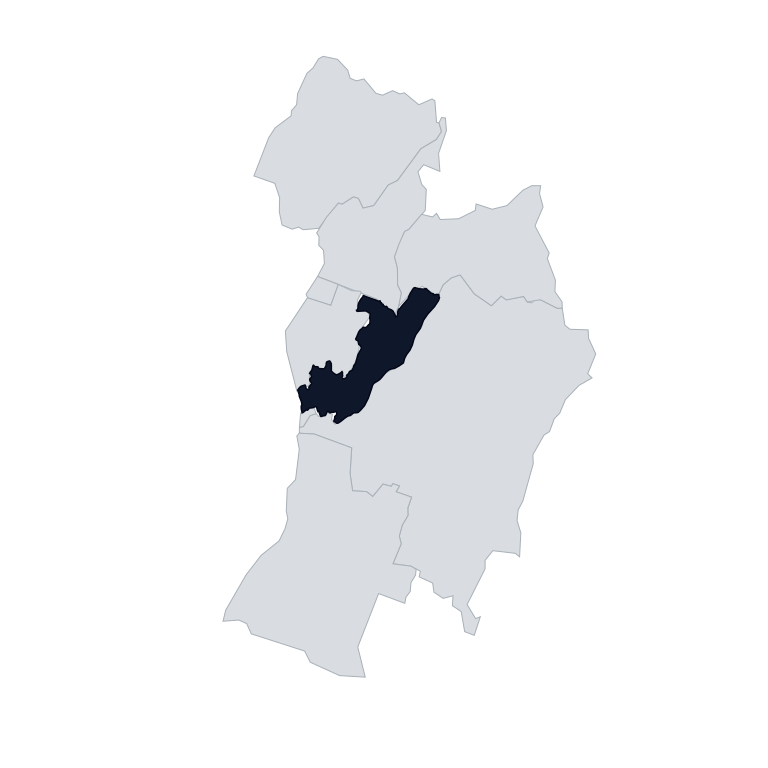 Republic of the Congo shown with its bordering countries, rotated 20°
{"feature_id": "COG", "entity_name": "Republic of the Congo", "entity_type": "country or territory", "adm_level": 0, "iso_a3": "COG", "parent_name": "Africa", "parent_adm1": "", "projection": "equal_earth", "projection_center": [14.374, -0.658], "detail": "fine", "context": "with_neighbors", "style": "filled", "palette": "ink", "viewbox_px": 768, "rotation_deg": 20, "n_neighbors": 7, "source": "natural_earth", "source_scale": "50m", "svg_char_len": 8126}
<svg xmlns="http://www.w3.org/2000/svg" viewBox="0 0 768 768"><g transform="rotate(20 384 384)"><path d="M551.5,407.9L554.5,446.7L553.1,456.3L555.7,466.8L563.5,477.1L570.5,500.0L565.2,498.2L543.3,503.4L539.3,515.1L542.2,523.1L537.5,562.8L550.3,573.1L554.1,569.8L554.8,589.3L544.5,589.1L534.4,571.5L524.1,568.9L521.3,559.4L512.9,565.2L502.2,562.6L497.8,554.4L483.0,553.2L482.2,547.5L471.5,546.0L453.9,549.9L454.8,528.3L450.4,521.6L449.4,510.4L451.5,499.4L448.8,492.4L448.6,480.9L432.2,481.1L433.4,474.5L426.5,474.6L425.8,477.7L417.3,478.4L411.9,493.6L404.4,491.1L391.0,495.1L382.7,479.7L375.5,455.1L335.5,454.9L321.2,459.2L319.3,453.5L322.7,451.6L325.4,438.9L330.3,435.1L333.9,436.9L338.5,429.9L345.9,430.1L346.8,435.3L351.8,438.5L371.2,412.3L370.7,397.2L376.7,379.4L391.8,361.2L393.4,355.3L396.0,342.2L396.9,315.6L403.6,294.4L405.6,270.6L410.9,261.3L418.2,255.4L438.0,268.4L458.1,273.7L464.0,261.3L470.2,263.1L485.2,254.0L490.6,257.9L495.0,257.3L497.0,252.9L502.1,251.3L521.0,253.6L525.5,251.7L533.8,266.8L539.9,269.0L557.3,263.3L560.6,271.1L572.7,283.3L571.9,304.7L577.4,307.1L567.8,318.5L559.8,336.6L559.1,351.3L555.9,358.3L555.8,372.1L551.8,377.2L548.1,399.5L551.5,407.9Z" fill="#d9dde1" stroke="#a8b0b8" stroke-width="1"/><path d="M190.6,233.0L191.4,192.0L194.1,180.5L205.0,163.7L203.6,158.8L206.4,151.5L203.5,140.7L205.3,118.5L209.2,111.2L211.3,100.8L214.8,96.9L229.3,94.8L242.6,101.5L247.6,108.3L254.4,108.6L260.8,104.2L277.0,113.6L283.9,113.1L291.8,105.4L299.7,106.0L303.6,103.4L321.2,109.7L331.7,99.7L334.9,100.4L343.9,120.2L346.4,119.8L351.7,127.0L349.6,136.3L338.2,150.3L327.1,188.1L319.9,195.6L313.4,219.8L304.1,225.9L296.5,218.4L291.3,218.7L283.2,229.4L279.3,229.6L269.3,260.1L255.2,266.7L250.0,265.8L244.8,269.9L233.9,269.5L226.7,258.0L222.3,244.8L212.8,232.8L190.6,233.0Z" fill="#d9dde1" stroke="#a8b0b8" stroke-width="1"/><path d="M350.7,113.0L356.0,124.5L356.4,148.6L363.8,165.1L346.3,164.4L343.3,173.0L351.3,183.6L357.2,186.7L363.4,206.8L354.5,230.2L351.2,233.6L350.4,260.9L356.9,270.4L363.0,286.4L369.2,292.3L371.3,306.0L370.3,315.9L348.5,306.7L284.8,305.7L286.8,291.2L281.5,279.1L275.3,276.0L272.6,267.8L269.1,265.2L272.8,247.2L279.3,229.6L283.2,229.4L291.3,218.7L296.5,218.4L304.1,225.9L313.4,219.8L319.9,195.6L327.1,188.1L338.2,150.3L349.6,136.3L351.7,127.0L346.4,119.8L346.9,114.0L350.7,113.0Z" fill="#d9dde1" stroke="#a8b0b8" stroke-width="1"/><path d="M525.5,251.7L521.0,253.6L502.1,251.3L490.6,257.9L485.2,254.0L470.2,263.1L464.0,261.3L458.1,273.7L438.0,268.4L418.2,255.4L410.9,261.3L405.6,270.6L404.4,283.3L386.5,279.2L378.4,288.9L371.3,306.0L369.2,292.3L363.0,286.4L356.9,270.4L350.4,260.9L350.2,247.7L351.2,233.6L354.5,230.2L361.3,211.7L372.5,210.4L375.0,205.7L380.6,210.2L397.6,203.2L410.4,189.7L409.0,183.3L425.9,182.8L438.5,174.3L448.2,154.5L454.9,147.2L463.4,144.1L465.0,151.8L472.9,163.2L471.8,183.8L494.4,204.4L494.6,210.3L509.5,227.7L513.0,238.7L523.2,245.9L525.5,251.7Z" fill="#d9dde1" stroke="#a8b0b8" stroke-width="1"/><path d="M306.9,306.1L321.6,307.4L329.7,305.0L331.4,306.0L330.4,314.0L334.2,323.4L344.3,322.0L347.7,325.6L341.8,346.8L348.2,357.6L349.7,372.0L348.0,384.1L343.8,392.8L331.8,392.0L324.6,383.2L323.5,391.3L314.3,393.6L309.7,398.2L314.8,410.3L304.5,420.4L281.5,386.8L273.2,367.9L282.6,329.0L307.0,328.1L306.9,306.1Z" fill="#d9dde1" stroke="#a8b0b8" stroke-width="1"/><path d="M284.8,305.7L306.9,306.1L307.0,328.1L282.6,329.0L280.1,326.3L284.8,305.7Z" fill="#d9dde1" stroke="#a8b0b8" stroke-width="1"/><path d="M330.3,435.1L325.4,438.9L322.7,451.6L319.3,453.5L315.6,439.8L325.2,428.8L330.3,435.1ZM321.2,459.2L335.5,454.9L375.5,455.1L382.7,479.7L391.0,495.1L404.4,491.1L411.9,493.6L417.3,478.4L425.8,477.7L426.5,474.6L433.4,474.5L432.2,481.1L448.6,480.9L448.8,492.4L451.5,499.4L449.4,510.4L450.4,521.6L454.8,528.3L453.9,549.9L471.5,546.0L477.6,547.1L479.0,552.7L477.3,561.5L479.6,570.0L477.5,576.8L478.6,583.0L450.6,582.8L449.3,640.1L466.6,665.9L442.0,673.2L409.9,670.7L400.8,662.1L344.8,664.2L336.9,656.1L328.2,655.5L313.9,662.0L312.6,650.7L319.6,610.8L327.1,587.1L339.1,567.2L340.5,553.8L339.7,543.5L335.7,537.0L328.8,515.1L333.6,504.1L326.7,474.3L319.9,462.7L321.2,459.2Z" fill="#d9dde1" stroke="#a8b0b8" stroke-width="1"/><path d="M305.0,419.2L305.8,416.4L306.4,415.1L307.1,414.2L310.0,412.0L310.5,412.1L312.5,415.0L313.1,415.2L313.9,415.1L314.7,415.2L315.1,414.7L315.2,413.9L314.6,413.1L314.5,412.2L314.9,411.2L315.2,410.2L315.8,408.9L315.9,408.3L315.2,407.7L313.8,406.7L312.9,405.7L312.5,404.8L312.8,403.6L313.5,402.7L313.5,402.2L312.8,401.3L312.3,400.4L311.8,399.8L310.5,399.5L310.7,398.3L311.2,396.5L311.4,395.1L311.0,391.4L311.0,390.8L311.4,390.4L312.2,390.8L313.0,391.4L315.3,390.6L316.1,390.5L316.7,391.2L317.6,391.7L322.8,390.2L322.9,388.7L323.2,387.3L323.2,386.2L323.0,385.5L322.8,385.0L322.6,384.0L322.6,382.9L323.1,382.3L324.8,381.0L325.3,381.0L326.4,381.8L327.5,382.9L328.5,385.3L329.2,387.4L330.2,389.9L332.5,390.9L335.2,391.6L336.7,391.4L338.7,389.3L339.9,387.6L340.3,386.7L341.0,387.2L341.8,389.4L342.3,390.2L342.4,391.0L342.1,392.0L342.4,392.7L343.8,393.1L345.1,392.7L345.7,391.8L346.6,390.7L346.7,389.7L346.1,389.0L346.1,388.1L346.7,387.5L347.2,385.6L347.3,384.2L347.9,383.3L348.8,382.7L349.2,382.1L349.7,378.9L349.4,377.7L349.4,376.7L350.0,375.5L350.1,373.4L349.9,370.1L349.7,367.7L349.5,365.3L350.0,362.2L350.5,358.9L350.4,358.0L349.7,357.0L348.9,356.1L346.7,355.4L345.9,354.2L345.3,352.9L344.9,352.5L342.5,352.0L342.0,351.3L342.2,349.2L342.4,346.1L342.4,344.0L342.8,342.3L343.2,341.0L344.3,339.7L344.8,338.1L345.1,337.7L347.1,337.4L347.8,336.8L348.3,336.1L348.6,335.2L349.2,333.7L349.8,332.7L349.9,332.0L349.8,331.0L349.2,329.1L348.5,327.6L348.0,327.0L347.2,323.3L346.4,322.4L344.8,322.0L341.9,321.5L340.1,322.2L337.4,323.4L335.4,324.3L334.1,324.8L333.3,324.7L332.9,324.1L333.4,323.6L333.7,322.5L333.4,320.9L332.8,319.4L332.5,317.3L332.7,314.8L333.2,312.3L334.3,309.2L334.3,307.9L337.6,308.0L340.8,308.0L344.4,308.0L347.8,307.9L350.5,308.1L351.8,307.2L353.0,308.5L353.6,308.7L353.8,308.6L354.3,309.5L355.8,309.4L356.1,309.6L356.2,310.7L357.6,310.6L358.3,310.9L358.9,310.8L359.7,310.2L360.3,310.4L361.4,311.2L362.1,311.9L363.2,311.7L365.7,311.8L367.6,312.4L369.5,314.2L370.8,315.3L371.9,316.8L372.4,316.5L372.7,316.1L373.0,315.9L373.0,314.6L372.3,312.4L372.1,310.5L372.2,308.9L372.7,307.8L373.5,307.1L373.6,306.1L373.6,305.9L374.5,303.4L375.5,300.9L376.6,298.0L377.5,295.7L377.4,294.5L377.4,292.7L377.6,290.7L377.6,289.6L377.9,288.8L378.5,285.8L378.9,284.1L379.4,283.3L380.3,282.8L381.5,282.8L384.7,282.4L387.7,281.6L388.7,281.3L390.6,280.0L391.4,280.0L392.0,280.5L395.7,281.9L396.7,282.4L397.0,282.4L397.6,282.5L398.4,282.5L399.3,282.3L399.8,282.5L400.5,283.4L400.9,283.3L401.5,282.6L402.6,281.9L404.7,281.2L405.1,281.5L405.8,283.2L406.6,283.8L406.7,287.0L405.7,291.0L405.0,294.0L403.0,298.9L401.2,303.3L399.3,310.6L399.3,316.0L399.1,319.4L398.5,321.5L397.0,327.0L396.8,331.8L397.3,337.7L396.8,343.2L395.2,348.5L394.6,352.6L395.0,357.6L392.1,361.7L388.5,365.8L386.2,367.0L384.4,368.4L383.1,370.0L382.7,370.8L381.7,372.7L379.6,378.6L378.5,381.2L377.0,383.4L374.8,386.1L374.0,387.4L373.7,389.3L373.9,392.7L374.1,403.0L373.7,406.0L373.1,411.0L371.0,416.5L369.4,419.6L367.8,420.5L365.7,421.3L364.7,422.4L364.0,423.9L362.9,425.3L361.1,426.4L359.0,429.2L356.3,433.7L354.5,436.2L353.5,436.9L352.5,437.0L351.5,436.4L350.6,436.4L350.2,436.6L349.9,436.4L349.5,436.0L349.5,435.0L349.4,433.2L348.9,431.5L349.5,430.1L350.0,429.0L349.9,428.4L349.4,427.5L348.8,426.3L348.2,426.3L347.0,427.3L345.8,428.1L344.6,428.4L343.6,429.2L343.1,429.6L342.3,429.6L341.9,429.2L340.9,428.7L340.4,428.9L340.1,429.1L340.0,430.7L339.9,432.1L339.7,433.4L339.3,434.0L337.9,434.6L336.9,435.5L336.0,436.1L335.5,436.0L334.4,434.8L333.3,433.7L332.8,432.8L332.4,432.1L332.2,431.8L331.5,431.8L331.3,432.4L331.0,432.1L330.0,430.9L328.7,428.9L328.3,428.6L327.6,428.7L326.5,429.4L325.5,430.5L323.6,431.5L322.0,432.1L321.9,432.8L321.5,434.0L321.0,434.8L319.6,435.0L319.1,436.1L317.8,438.2L317.0,439.1L316.8,438.7L316.3,438.2L315.3,436.6L314.3,434.6L314.1,433.7L313.8,433.2L313.8,431.1L312.3,428.7L308.5,424.4L308.1,423.2L305.0,419.2Z" fill="#0f172a" stroke="#020617" stroke-width="1.5"/></g></svg>